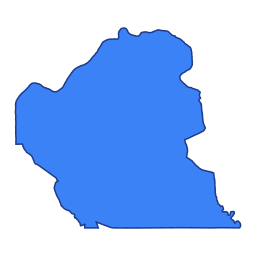 Foundiougne, Fatick, Senegal (orthographic projection)
{"feature_id": "50182788B85341589150678", "entity_name": "Foundiougne", "entity_type": "district", "adm_level": 2, "iso_a3": "SEN", "parent_name": "Senegal", "parent_adm1": "Fatick", "projection": "orthographic", "projection_center": [-16.407, 13.882], "detail": "fine", "context": "isolated", "style": "filled", "palette": "blue", "viewbox_px": 256, "rotation_deg": 0, "n_neighbors": 0, "source": "geoboundaries", "source_scale": "gbopen_adm2", "svg_char_len": 5711}
<svg xmlns="http://www.w3.org/2000/svg" viewBox="0 0 256 256"><path d="M15.9,144.2L22.5,144.1L23.0,146.2L23.0,146.6L23.7,147.8L24.5,149.5L25.5,150.5L26.5,152.2L28.4,153.4L28.9,153.8L30.9,155.2L31.1,155.5L31.6,155.9L32.5,157.5L33.0,158.7L33.6,160.3L33.9,160.9L34.4,162.3L35.1,163.6L36.3,164.3L37.3,164.4L56.4,178.1L56.4,178.7L57.0,180.0L57.3,180.4L57.8,180.5L57.9,181.5L56.9,181.6L56.4,181.9L55.8,182.5L55.3,183.6L54.2,187.9L54.3,188.2L54.7,190.0L56.3,194.3L56.5,195.0L59.5,200.6L60.0,202.3L60.5,203.0L60.9,204.7L61.3,205.6L61.7,206.3L62.1,206.4L63.1,207.4L63.4,207.9L66.0,209.7L67.7,210.2L68.5,210.5L69.3,211.0L69.6,210.9L71.7,213.3L71.8,213.5L73.8,214.1L74.3,214.5L74.9,215.2L74.4,216.3L74.6,216.7L74.8,217.7L75.1,218.0L75.4,217.8L75.7,218.1L76.3,218.2L76.6,218.9L78.1,220.4L78.6,221.4L80.1,223.3L80.3,224.6L80.4,225.2L80.6,225.7L81.5,225.6L82.0,225.4L82.6,225.3L84.3,224.2L85.0,224.8L84.7,225.1L84.7,225.6L84.7,227.9L96.5,227.9L98.3,228.0L96.3,222.1L111.2,227.6L114.0,227.9L133.5,228.0L182.2,227.7L211.4,227.9L221.0,227.7L239.2,227.9L239.5,227.6L239.9,227.5L240.6,225.8L240.6,224.9L240.1,223.1L238.6,221.5L237.9,221.0L237.4,221.0L236.8,221.2L236.1,221.7L235.6,222.5L234.8,223.2L234.5,222.9L234.1,222.0L234.1,221.3L233.7,220.6L231.1,218.9L230.8,218.4L230.7,217.9L232.7,216.1L233.1,215.6L233.5,214.8L234.3,213.3L234.3,212.7L234.2,211.9L233.7,211.5L233.3,211.5L231.2,211.7L230.7,211.9L230.5,212.4L230.5,212.9L230.3,214.1L229.9,214.9L229.3,215.4L228.6,215.3L228.0,215.0L228.1,214.4L228.0,213.7L228.0,213.2L227.3,212.2L226.4,211.8L225.9,211.7L224.5,211.7L223.8,211.9L222.9,211.7L222.5,211.5L222.1,210.9L223.3,209.5L223.5,209.0L222.7,206.5L222.3,206.0L221.9,206.0L220.9,206.4L220.8,206.2L220.5,206.0L220.1,205.6L219.1,204.3L218.7,204.2L218.2,203.8L217.9,203.3L217.8,202.6L217.8,202.2L217.5,201.5L217.1,200.3L216.7,200.0L216.6,198.2L216.7,197.7L216.5,197.0L216.0,196.1L215.7,195.8L215.6,195.3L215.6,194.0L215.5,193.4L215.3,193.1L215.2,191.3L215.3,190.9L215.4,190.4L215.2,190.0L215.2,188.8L215.1,188.5L215.0,188.1L215.1,187.3L215.1,186.9L214.8,185.5L214.9,184.7L214.8,183.7L214.9,183.3L214.9,183.0L214.7,182.8L214.9,182.1L214.8,181.7L214.7,180.2L214.5,178.5L214.1,177.9L214.0,175.7L213.7,173.9L213.8,173.4L213.8,173.2L213.1,172.7L212.5,172.5L212.2,172.6L212.1,172.3L211.6,172.3L210.9,172.0L210.0,171.9L209.7,171.6L208.5,171.5L207.4,171.2L205.8,170.8L205.2,170.7L204.8,170.5L204.2,170.6L203.1,170.0L201.8,169.9L201.4,169.6L201.0,169.4L201.0,169.2L199.5,168.4L197.9,166.8L197.5,166.6L196.2,165.4L195.8,165.2L195.0,164.3L194.1,163.1L193.0,162.1L191.9,160.6L191.5,160.5L190.9,160.1L189.8,159.3L186.5,157.2L187.5,151.7L187.4,149.1L186.9,146.5L186.5,145.5L186.4,144.7L185.8,143.8L185.3,142.6L184.7,139.8L185.7,139.2L187.4,138.7L194.2,135.4L199.2,133.2L203.3,131.0L204.4,129.8L205.1,128.5L205.3,127.8L205.1,127.5L203.6,123.9L202.9,120.8L202.8,118.7L202.5,117.3L202.5,114.9L202.2,113.6L202.3,112.8L201.8,110.9L201.4,106.2L201.4,105.3L201.1,104.6L201.3,104.0L200.2,102.6L199.9,101.8L198.9,100.5L199.0,99.7L199.3,99.2L199.9,98.8L200.6,98.1L199.7,96.7L199.5,95.4L199.5,94.2L200.2,92.3L199.8,91.8L198.9,91.2L197.9,90.1L192.3,88.3L191.4,87.7L190.7,87.5L189.8,87.6L187.9,87.0L187.7,86.7L186.5,85.9L185.3,84.6L183.0,82.7L181.8,81.5L180.8,80.4L180.2,79.3L179.9,78.5L179.9,76.0L180.6,75.1L182.6,73.2L185.3,71.7L185.9,71.1L186.8,70.7L187.5,70.2L188.4,69.9L188.9,69.5L189.4,69.3L190.0,69.0L191.0,67.5L191.3,66.8L191.8,66.1L191.9,65.5L192.3,64.8L192.2,63.0L192.3,61.4L192.1,60.3L192.1,58.7L191.9,58.2L192.1,57.2L192.0,56.2L191.8,55.2L191.7,52.1L191.4,51.3L191.2,49.8L190.6,48.0L190.2,47.3L187.9,45.7L187.5,45.2L186.8,44.6L186.0,44.3L184.8,43.4L184.3,42.9L184.1,42.3L183.3,41.6L182.3,40.9L181.8,40.3L181.3,40.0L180.7,39.5L179.9,38.9L179.2,38.5L178.4,38.3L176.3,37.3L175.5,37.2L175.3,36.8L175.1,36.0L174.3,35.9L173.3,35.7L172.3,35.2L170.7,34.0L169.4,32.6L168.2,31.6L166.8,31.0L160.8,30.4L158.2,29.8L154.4,31.2L153.9,31.5L152.8,31.8L152.1,32.3L150.7,32.6L148.9,32.6L146.9,32.1L145.4,31.9L142.2,32.3L141.6,32.7L141.0,33.3L140.9,33.2L139.8,35.0L139.0,35.8L136.7,36.2L133.4,35.4L132.7,35.1L131.3,34.7L130.3,34.3L129.4,33.5L128.8,33.2L127.8,31.7L127.4,30.4L126.1,28.6L124.6,28.0L123.7,28.0L122.7,28.2L121.6,28.5L121.0,28.8L120.2,29.9L119.1,31.2L118.5,33.2L118.6,34.2L118.6,35.3L118.7,37.7L118.1,38.7L117.7,39.1L116.2,39.1L115.5,39.1L114.8,38.9L114.1,38.9L113.4,39.2L112.5,39.1L111.4,39.2L110.9,39.0L110.2,39.2L109.4,39.2L108.6,39.5L107.8,39.5L105.8,40.4L105.2,40.8L103.5,41.6L102.0,43.3L100.8,45.8L99.8,47.3L98.7,48.8L98.2,49.6L97.5,51.4L96.9,52.2L96.5,52.7L95.9,53.1L95.5,53.8L94.1,55.7L93.4,56.1L92.3,57.4L91.8,58.2L90.1,60.4L89.4,60.9L88.8,61.6L87.6,62.7L85.7,63.8L85.2,64.2L83.1,65.2L82.2,65.3L81.4,65.5L80.9,65.8L80.2,65.9L79.8,66.5L78.9,66.7L78.0,67.0L77.6,67.5L75.8,68.3L75.3,68.8L74.7,69.2L74.0,69.8L73.7,70.4L73.1,70.8L72.8,71.4L71.1,73.3L70.9,73.9L69.1,76.3L68.1,77.9L66.9,79.6L66.7,80.4L65.7,81.9L64.9,83.3L64.6,84.0L63.9,85.2L63.0,87.0L62.2,87.8L60.8,88.9L57.6,91.2L57.2,91.3L56.3,91.7L55.5,91.8L54.9,91.7L54.2,91.8L53.6,91.5L52.8,91.5L52.3,91.1L51.5,90.8L50.9,90.1L49.8,89.4L48.3,89.0L48.3,88.8L47.2,88.6L46.4,88.0L44.9,87.8L44.4,87.6L44.2,87.4L43.3,86.8L42.3,86.3L41.5,85.4L40.9,84.9L38.9,83.9L35.2,83.0L32.4,83.2L31.6,83.6L30.5,84.6L29.8,85.0L29.0,86.1L28.7,86.9L28.1,87.3L26.0,89.6L22.7,92.6L22.2,92.9L20.9,94.2L20.7,94.6L20.2,94.9L19.9,95.5L18.8,96.8L18.2,97.9L17.2,99.3L17.0,99.8L16.3,100.9L16.0,102.1L15.5,104.3L15.7,104.6L15.6,106.0L15.7,106.5L15.6,110.1L15.4,111.6L15.5,112.9L15.5,113.9L15.7,114.8L15.8,117.0L15.6,119.3L15.8,120.1L15.9,121.1L15.8,122.2L15.9,123.7L15.9,125.4L15.7,126.0L15.7,126.5L15.8,130.3L15.7,133.8L15.9,134.7L15.8,136.4L16.0,137.6L15.9,144.2Z" fill="#3b82f6" stroke="#1e3a8a" stroke-width="1.5"/></svg>